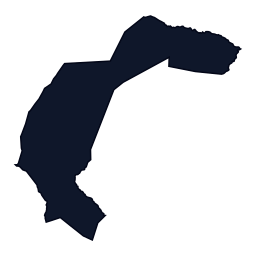 the district of Santa María Pápalo, Oaxaca, Mexico
{"feature_id": "50627088B38844714330339", "entity_name": "Santa María Pápalo", "entity_type": "district", "adm_level": 2, "iso_a3": "MEX", "parent_name": "Mexico", "parent_adm1": "Oaxaca", "projection": "orthographic", "projection_center": [-96.755, 17.798], "detail": "fine", "context": "isolated", "style": "filled", "palette": "ink", "viewbox_px": 256, "rotation_deg": 0, "n_neighbors": 0, "source": "geoboundaries", "source_scale": "gbopen_adm2", "svg_char_len": 3593}
<svg xmlns="http://www.w3.org/2000/svg" viewBox="0 0 256 256"><path d="M51.1,84.0L44.6,88.4L43.3,91.2L39.0,99.0L35.2,103.8L30.5,110.5L29.0,111.8L25.6,124.0L22.5,132.2L22.0,133.6L20.7,136.7L21.4,148.1L22.2,150.7L18.4,163.4L17.3,164.7L15.4,164.8L16.6,166.0L18.6,166.1L20.0,166.8L22.8,169.8L26.4,171.1L37.0,184.9L37.4,187.1L38.0,188.2L38.6,191.6L40.9,192.9L41.9,195.3L45.5,200.5L46.7,200.8L47.2,202.1L46.7,204.0L46.2,204.9L47.0,206.8L46.6,208.1L46.7,209.3L46.1,212.1L45.3,213.3L45.0,214.1L44.6,215.4L45.3,216.8L45.2,218.3L46.2,222.1L51.3,220.5L60.3,217.5L70.4,225.6L83.4,235.9L92.3,240.0L97.8,222.8L105.2,215.5L103.6,215.3L103.9,214.0L103.4,213.7L103.1,213.2L102.2,212.9L101.9,212.2L101.4,211.7L100.9,210.2L100.6,210.2L99.9,209.0L98.5,207.8L98.2,206.5L97.9,205.6L97.1,204.9L94.9,203.3L94.4,203.4L94.0,202.0L93.5,201.5L92.5,200.9L92.3,199.2L91.6,198.7L91.0,198.1L87.2,197.1L85.0,195.4L85.1,194.5L84.3,194.1L83.8,193.6L83.4,192.9L83.2,192.5L82.7,192.3L82.6,191.7L81.7,191.3L80.9,191.4L80.4,190.7L80.3,190.1L79.6,189.8L78.7,189.0L77.9,188.3L78.0,187.9L77.9,187.6L77.9,186.5L77.8,186.3L76.9,186.2L76.6,185.9L76.6,185.2L76.5,184.6L75.0,183.0L75.1,182.8L74.6,182.1L74.7,181.0L75.0,180.0L75.1,177.4L74.9,176.3L75.4,175.1L75.6,174.8L77.3,174.6L77.9,174.4L78.2,174.2L78.5,173.8L78.9,173.5L79.4,173.3L79.6,172.9L79.9,172.7L79.9,172.4L81.0,170.7L81.5,170.1L84.2,169.7L84.6,169.3L84.9,167.5L86.1,167.0L86.4,166.3L87.7,162.3L90.7,159.7L90.5,149.5L113.8,89.7L123.2,82.2L169.2,57.2L168.9,66.3L195.3,71.5L221.2,74.1L221.2,73.9L221.4,73.9L221.9,74.0L222.0,74.0L222.5,73.9L223.0,73.8L223.3,73.6L223.6,73.5L224.1,73.2L224.5,72.9L224.8,72.6L225.1,72.3L225.5,71.9L225.8,71.6L226.0,71.5L226.5,71.2L227.0,71.1L227.3,71.0L227.6,70.8L228.1,70.5L228.6,70.2L228.8,70.0L228.9,69.7L228.5,68.6L228.3,67.9L228.3,67.6L228.4,67.4L228.4,67.1L228.5,66.9L228.6,66.5L228.7,66.2L228.7,65.7L228.8,65.5L228.9,65.4L229.0,65.0L229.2,64.7L229.4,64.5L229.8,64.1L230.1,63.9L230.4,63.7L230.9,63.4L231.5,63.1L231.9,62.7L232.0,62.5L232.2,62.1L232.3,61.7L232.5,61.4L232.9,61.3L233.1,61.4L233.5,61.5L233.7,61.4L234.0,61.3L234.1,61.2L234.2,60.9L234.3,60.5L234.4,60.2L234.4,59.9L234.5,59.5L234.6,59.3L234.8,59.2L235.0,59.0L235.1,58.8L235.3,58.6L235.5,58.3L235.8,58.2L236.1,58.0L236.2,57.8L236.3,57.5L236.3,57.1L236.2,56.6L236.2,56.3L236.0,55.6L236.0,55.3L236.1,54.9L236.2,54.7L236.2,54.3L236.2,54.2L238.1,52.3L238.2,52.0L238.3,51.6L238.2,51.4L237.9,51.1L237.5,50.7L237.5,50.4L237.6,50.2L237.8,50.1L238.5,50.0L239.0,49.9L240.0,49.4L240.6,49.0L239.9,48.7L239.1,47.4L238.4,47.0L235.7,47.0L233.9,46.3L232.7,44.0L229.0,42.2L228.1,40.2L227.1,39.8L226.1,39.4L225.5,38.5L223.6,37.5L222.0,37.0L221.0,35.7L219.6,35.4L218.3,34.7L217.7,35.0L216.1,34.7L214.8,34.1L211.7,33.7L209.9,32.1L208.1,31.6L206.0,31.6L205.6,31.9L204.8,33.0L203.8,32.9L202.6,32.0L201.6,33.2L200.3,32.7L199.8,32.7L199.6,33.1L198.5,32.8L196.5,31.5L196.2,31.4L195.9,30.6L194.8,29.5L194.2,29.5L192.9,30.6L192.2,30.5L190.7,28.3L190.1,27.9L188.1,28.6L186.6,28.2L185.7,28.2L184.7,27.6L184.2,27.7L183.0,26.3L182.0,26.3L180.5,27.0L179.2,27.0L178.4,26.6L177.2,26.5L175.0,27.8L173.6,27.3L171.8,27.7L171.4,27.0L170.8,26.5L170.8,26.4L170.2,26.0L169.6,26.5L168.5,26.1L167.1,26.6L166.6,25.6L166.1,25.4L165.8,24.9L165.1,24.9L164.4,24.4L164.5,23.4L164.2,23.2L162.2,22.1L161.5,21.7L158.9,20.4L154.6,17.6L153.8,17.3L152.3,16.8L150.9,16.1L150.4,16.0L149.0,16.4L147.9,16.7L147.2,16.9L146.3,17.2L145.0,17.4L144.3,17.2L143.8,16.9L124.9,32.0L110.3,61.1L88.6,62.3L64.6,63.6L62.9,65.8L61.4,68.0L57.5,73.6L56.9,74.7L56.4,75.5L55.3,76.8L53.6,78.9L51.1,84.0Z" fill="#0f172a" stroke="#020617" stroke-width="1.5"/></svg>